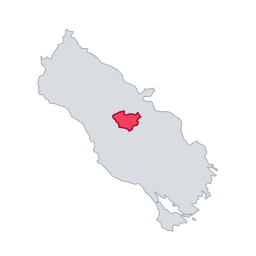 Turkey, with Kayseri highlighted, rotated 225°
{"feature_id": "TUR-2287", "entity_name": "Kayseri", "entity_type": "Province", "adm_level": 1, "iso_a3": "TUR", "parent_name": "Turkey", "parent_adm1": "", "projection": "natural_earth1", "projection_center": [35.883, 38.542], "detail": "fine", "context": "in_parent", "style": "filled", "palette": "rose", "viewbox_px": 256, "rotation_deg": 225, "n_neighbors": 0, "source": "natural_earth", "source_scale": "10m", "svg_char_len": 4566}
<svg xmlns="http://www.w3.org/2000/svg" viewBox="0 0 256 256"><g transform="rotate(225 128 128)"><path d="M200.8,90.2L204.5,91.5L205.7,90.6L209.0,90.7L212.0,91.4L213.6,89.3L215.7,89.6L216.1,90.6L217.1,91.0L220.3,93.6L220.0,94.0L220.7,94.9L223.4,95.6L223.7,96.9L225.8,98.9L227.0,102.0L226.4,104.1L225.3,105.5L227.1,110.1L226.6,110.7L229.8,112.2L233.9,112.0L235.2,112.6L239.3,116.3L240.3,117.7L237.6,116.0L236.1,117.5L235.4,121.1L231.1,121.8L231.8,124.1L233.0,125.2L232.7,127.4L233.0,128.3L234.2,129.8L234.1,131.8L234.7,133.9L234.7,136.4L236.6,137.2L235.8,138.3L233.9,143.5L234.1,143.9L235.4,144.0L238.5,146.4L238.0,147.2L238.4,150.5L241.1,152.6L240.7,153.7L240.8,154.8L238.9,154.3L235.1,157.2L234.7,157.1L234.1,156.1L233.9,153.2L233.0,152.4L231.8,152.3L229.7,153.6L227.8,153.5L225.9,153.3L220.8,151.5L219.0,152.1L217.0,151.4L213.3,155.0L212.2,155.3L211.6,153.5L210.2,152.5L208.6,153.9L202.1,155.6L199.1,155.9L195.5,155.3L192.5,155.5L184.3,159.5L176.5,161.6L169.4,161.4L165.6,158.9L162.5,158.4L153.6,162.2L149.1,162.0L147.7,160.5L144.3,159.8L143.5,161.3L142.8,164.9L144.0,168.2L142.1,168.4L140.9,169.2L140.6,171.7L138.8,172.6L138.3,174.2L138.0,174.2L135.1,173.0L135.9,171.7L134.2,167.1L135.0,165.7L138.7,162.0L138.6,159.8L137.0,158.2L132.4,161.0L132.0,162.0L130.9,162.9L129.2,163.2L121.0,159.6L116.1,162.8L112.0,167.3L108.9,169.0L99.7,170.3L98.1,171.2L95.0,170.2L93.1,169.0L88.9,163.8L81.0,159.8L72.6,158.9L71.8,159.9L71.5,163.9L70.1,167.7L69.4,168.1L67.5,167.2L61.0,169.4L55.5,166.9L54.5,165.8L53.4,161.4L52.6,161.1L51.7,161.7L50.7,161.7L46.8,159.8L44.7,159.7L43.3,161.5L41.2,162.3L41.2,161.8L42.0,160.6L38.7,160.8L36.9,161.7L34.5,161.2L34.7,160.7L36.6,160.1L41.1,159.4L44.0,156.5L33.4,156.6L32.3,157.2L32.2,155.7L32.8,155.0L35.6,154.5L35.5,153.2L33.8,151.9L32.0,151.1L31.2,148.0L30.3,147.2L30.4,146.7L32.2,146.2L32.6,143.8L32.4,142.4L29.0,141.2L28.2,141.3L27.4,140.1L25.9,139.2L24.7,139.9L21.3,138.0L22.0,136.6L22.9,136.7L23.1,135.6L22.4,133.8L22.5,132.9L23.3,132.6L24.1,132.8L25.0,133.9L25.0,135.9L25.9,137.1L26.6,135.9L28.1,136.6L31.0,136.0L31.5,135.4L29.5,135.5L28.7,135.0L27.1,131.6L28.9,130.6L30.2,129.0L27.8,127.9L28.4,125.6L26.4,123.0L29.2,119.7L29.1,119.2L28.3,119.0L19.8,120.4L19.7,118.9L20.4,117.6L20.4,114.5L20.9,112.7L22.4,112.2L24.4,109.7L27.6,106.7L30.8,106.7L32.1,105.9L34.1,105.9L34.6,107.0L36.2,107.9L39.2,107.7L40.6,107.0L39.3,105.5L41.0,105.0L42.4,105.4L41.6,107.0L42.0,107.1L45.8,106.6L49.8,107.0L54.3,106.8L54.8,106.3L51.7,104.7L53.8,103.3L54.9,103.0L64.2,101.7L64.3,101.4L58.6,100.7L55.7,98.8L54.9,97.7L55.6,95.2L56.2,94.6L58.3,94.5L65.2,95.6L70.2,95.0L75.6,96.6L80.8,96.3L81.9,95.5L83.3,93.1L90.7,89.2L93.3,87.1L104.7,83.1L121.8,83.8L124.8,82.2L126.5,82.8L126.1,83.8L126.2,84.8L128.2,87.1L131.2,88.5L135.5,87.4L137.0,87.8L138.5,91.6L141.1,93.8L142.4,94.0L144.0,92.7L145.5,92.5L148.0,93.8L148.9,95.1L157.1,96.7L158.8,97.8L164.3,99.0L176.5,96.3L181.0,98.1L184.8,98.7L186.4,98.4L191.3,96.3L192.8,95.1L195.9,94.0L199.7,91.6L200.8,90.2ZM43.3,83.6L42.9,85.3L43.6,87.1L45.2,89.7L46.9,91.0L55.2,94.5L53.9,97.7L51.8,98.2L44.7,96.7L41.8,98.0L39.7,97.7L36.8,98.2L35.9,100.2L33.9,102.5L28.1,105.2L22.7,110.8L21.2,111.5L21.9,109.6L21.9,107.9L24.2,106.0L27.5,104.6L28.4,103.3L20.3,103.6L19.6,101.9L20.4,101.5L23.1,98.5L23.4,97.3L23.3,94.3L26.5,92.6L26.8,91.9L26.4,89.0L23.4,87.3L23.5,86.5L25.7,85.7L26.9,83.7L30.1,83.3L31.6,82.3L34.3,81.8L37.6,84.3L41.7,83.4L43.3,83.6ZM18.5,110.6L15.7,111.0L14.9,110.6L15.8,109.7L17.9,109.1L18.6,110.0L18.5,110.6Z" fill="#d9dde1" stroke="#a8b0b8" stroke-width="1"/><path d="M126.8,144.8L127.0,143.9L127.1,143.1L127.6,142.8L127.5,142.2L127.3,141.7L127.2,141.1L127.3,140.5L127.0,139.5L125.1,139.5L124.4,138.7L123.6,136.5L123.9,135.9L124.4,135.4L125.4,133.7L125.5,133.1L125.4,132.4L125.4,131.7L124.6,130.6L124.0,129.6L124.4,128.8L124.6,128.0L124.6,127.7L124.6,127.3L124.8,127.0L124.9,126.7L127.6,127.1L128.9,126.3L129.5,126.1L133.3,123.7L134.3,122.4L134.9,122.4L135.5,122.7L135.6,122.9L135.7,123.2L135.8,123.3L136.2,123.4L136.6,123.5L137.7,124.3L138.9,124.4L139.8,124.1L141.8,124.4L142.3,124.8L142.9,125.0L144.0,124.7L145.1,124.7L146.1,124.9L147.0,125.4L147.5,126.7L147.0,128.1L146.7,128.6L146.5,129.2L146.2,130.3L145.7,131.7L145.7,131.9L145.6,132.1L145.3,132.6L145.3,133.2L144.9,133.5L144.6,133.9L144.5,134.7L144.1,135.3L143.2,136.3L142.8,136.9L142.4,137.3L141.9,136.8L141.6,136.0L141.2,135.4L140.5,135.1L139.6,135.3L138.7,135.8L138.1,136.3L137.6,137.5L137.3,137.9L136.8,139.0L136.2,139.8L131.8,142.8L132.0,145.5L131.4,145.8L129.9,145.2L128.9,145.0L126.8,144.8Z" fill="#f43f5e" stroke="#9f1239" stroke-width="1.5"/></g></svg>